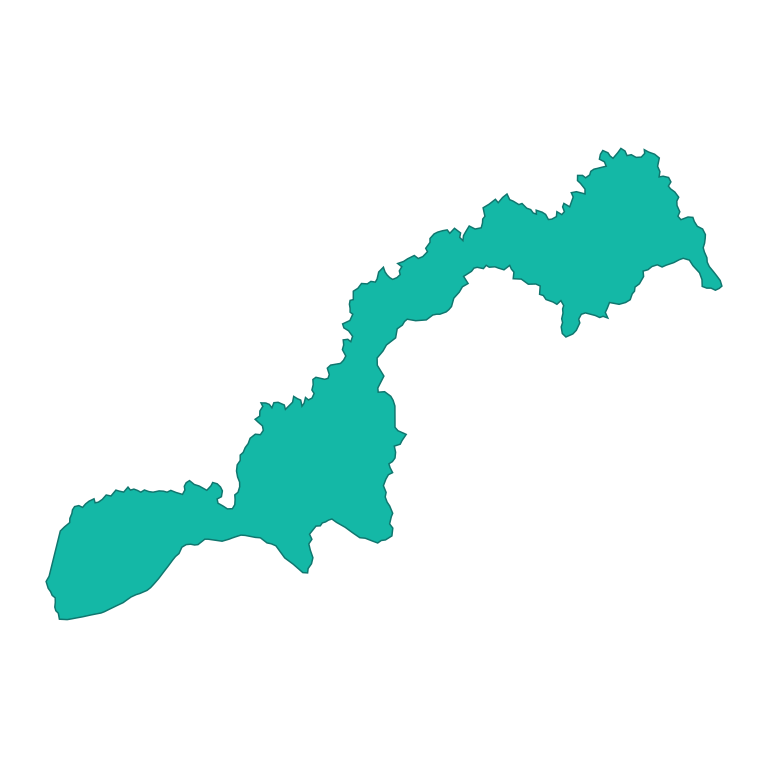 Campina Grande do Sul, Paraná, Brazil
{"feature_id": "56859067B91516213917217", "entity_name": "Campina Grande do Sul", "entity_type": "district", "adm_level": 2, "iso_a3": "BRA", "parent_name": "Brazil", "parent_adm1": "Paraná", "projection": "orthographic", "projection_center": [-48.831, -25.183], "detail": "fine", "context": "isolated", "style": "filled", "palette": "teal", "viewbox_px": 768, "rotation_deg": 0, "n_neighbors": 0, "source": "geoboundaries", "source_scale": "gbopen_adm2", "svg_char_len": 5702}
<svg xmlns="http://www.w3.org/2000/svg" viewBox="0 0 768 768"><path d="M659.3,158.0L654.6,154.2L648.5,152.0L644.3,149.7L644.7,153.4L641.3,157.1L636.1,157.4L631.3,154.7L627.0,155.6L625.0,151.0L620.9,148.4L617.7,152.8L613.0,158.3L610.0,155.9L608.0,152.8L602.8,150.5L600.4,154.3L599.4,159.2L604.4,161.8L606.2,166.2L593.9,169.2L590.8,171.3L589.7,174.9L585.6,177.8L582.5,175.4L577.6,175.4L577.5,180.6L580.5,183.4L585.0,189.1L585.0,193.9L576.4,191.7L571.3,192.7L573.2,197.0L569.7,206.8L563.9,203.4L562.6,206.9L564.4,211.7L561.8,214.6L556.9,211.7L556.4,216.6L551.7,219.2L548.4,219.5L545.6,214.4L542.2,212.2L536.2,210.2L536.4,214.1L533.2,213.0L530.7,209.6L526.7,208.2L522.0,203.5L518.9,204.6L513.1,201.1L509.7,199.7L507.0,194.0L502.6,197.5L498.2,202.7L495.4,199.3L489.1,204.2L483.1,207.8L484.9,216.3L482.7,219.1L482.5,223.0L481.2,227.8L475.1,229.0L469.2,226.0L465.5,232.1L463.5,235.7L462.9,240.6L459.7,237.4L460.6,233.0L454.5,228.3L449.8,233.3L447.2,229.9L442.7,230.7L437.7,232.1L434.1,233.9L430.0,238.5L430.0,242.4L425.7,248.3L427.5,251.7L422.8,256.6L418.2,258.5L414.3,255.5L407.6,258.8L403.5,261.5L397.7,263.5L401.8,266.7L399.3,270.9L400.2,274.6L397.0,277.6L392.7,279.4L389.7,277.6L387.1,275.0L385.0,271.9L383.4,267.2L378.7,272.0L377.1,279.0L375.3,282.1L370.9,281.4L367.3,283.9L361.5,283.5L357.9,288.3L353.3,291.2L353.3,299.6L350.1,300.4L349.4,304.2L350.1,308.3L350.1,312.2L352.8,314.2L349.9,320.5L342.6,323.9L343.9,327.9L348.6,330.8L352.6,336.3L350.8,341.7L347.8,339.3L343.2,339.9L343.7,345.0L342.4,349.6L345.8,356.0L343.5,360.3L340.5,363.4L330.6,365.1L327.3,368.2L329.3,374.5L328.0,378.3L324.8,379.3L315.9,377.3L312.9,379.5L313.2,384.7L311.9,390.0L314.1,393.5L312.0,398.1L308.4,399.9L305.5,397.5L304.1,403.2L302.0,406.2L300.7,400.1L297.4,398.7L293.7,396.4L292.6,402.2L288.0,406.8L285.4,409.4L284.3,405.0L278.1,402.3L273.9,402.7L271.9,407.8L269.3,404.4L265.8,403.0L261.0,402.9L262.8,406.4L259.9,411.0L259.7,416.1L255.1,419.3L258.3,422.3L262.4,425.8L263.3,430.4L260.4,434.7L255.3,434.2L250.1,438.3L248.2,443.6L245.2,447.6L243.2,452.4L240.2,455.1L240.2,460.5L237.2,464.9L236.5,471.0L237.6,477.0L239.6,482.1L239.7,486.8L238.0,492.3L234.8,494.9L235.1,499.5L234.8,504.6L232.4,508.7L227.4,508.9L223.0,506.0L218.0,503.2L217.1,499.0L221.4,496.7L222.4,490.9L220.5,487.0L217.2,483.8L212.7,482.5L211.0,485.8L206.8,490.3L202.7,488.0L199.1,486.0L194.3,484.5L189.5,480.6L186.2,482.7L184.3,486.3L184.9,490.0L182.5,494.4L176.1,492.5L170.8,490.4L167.1,492.2L163.5,491.2L159.1,490.9L153.1,492.2L148.9,491.6L144.4,490.0L140.8,492.2L137.4,490.4L133.9,489.1L130.4,490.1L128.0,487.1L123.7,492.1L119.1,491.1L115.9,490.1L111.0,496.0L106.2,495.0L102.3,499.4L98.3,502.2L95.1,502.8L94.0,498.8L89.0,501.2L85.6,503.9L82.6,507.4L78.8,505.6L74.6,506.6L72.5,509.8L71.9,513.5L69.9,518.3L69.7,522.6L64.4,527.0L60.3,531.0L58.8,537.1L53.7,557.7L49.1,576.3L46.1,581.5L48.2,588.3L50.6,591.7L52.2,595.4L55.2,597.8L55.3,602.4L54.8,607.1L55.8,610.7L58.3,613.2L59.4,619.2L67.3,619.6L71.9,618.8L76.0,618.0L82.6,616.8L87.1,615.8L90.7,615.0L95.7,614.0L101.0,613.0L104.4,611.7L109.0,609.4L116.2,605.9L119.8,604.2L123.2,602.6L126.2,600.4L131.0,597.0L136.2,594.6L139.8,593.5L143.5,591.9L147.0,590.4L150.6,587.6L154.1,583.8L158.7,578.5L164.3,571.1L168.4,565.8L172.6,560.1L175.5,556.5L179.0,553.5L181.9,547.2L186.2,544.6L190.6,544.2L194.6,545.0L198.0,544.6L204.8,539.2L208.2,539.2L222.1,541.2L229.0,539.2L232.1,538.0L235.3,536.9L240.9,535.1L245.2,535.4L255.4,537.4L260.4,537.8L267.0,542.9L271.3,543.8L275.9,545.8L284.7,557.9L293.2,564.2L302.8,572.6L307.6,572.9L308.1,568.6L311.5,563.7L312.9,557.7L310.3,550.1L308.8,543.9L311.9,539.3L309.5,534.2L316.0,526.1L320.3,525.8L322.3,522.9L325.6,521.9L328.5,520.1L331.9,519.0L336.4,522.3L345.2,527.3L352.4,532.6L359.8,537.7L365.2,538.2L372.1,540.9L377.7,543.0L381.2,540.5L385.5,539.9L391.9,535.9L392.8,528.1L389.6,523.9L391.3,516.7L392.7,513.3L389.7,506.0L387.1,502.1L385.2,497.0L386.1,492.4L383.4,485.7L385.9,479.1L388.4,474.7L392.6,472.6L390.0,467.5L388.9,463.8L392.4,461.6L395.0,458.0L395.6,452.3L394.3,446.1L400.2,444.2L402.0,440.6L406.2,434.4L397.9,430.7L395.0,427.3L394.9,406.0L393.1,400.3L390.8,396.3L384.6,391.7L378.2,392.2L377.8,388.0L383.9,376.1L377.3,365.3L377.1,358.0L383.0,351.0L386.4,345.0L395.6,337.9L397.2,328.8L402.4,325.1L404.5,321.5L407.2,319.2L415.7,320.7L426.3,319.9L432.8,315.0L436.6,314.2L439.9,314.2L446.2,311.9L448.9,309.6L451.5,306.5L453.8,298.2L459.3,292.1L462.4,286.8L468.1,283.5L463.6,276.4L471.5,271.3L474.0,268.1L477.2,267.3L483.4,268.6L486.2,265.3L489.2,267.2L495.0,266.8L498.5,268.1L504.0,269.8L509.7,265.4L511.4,269.1L513.9,272.1L513.2,278.7L521.3,279.1L528.3,284.2L535.8,284.0L540.2,286.0L539.6,294.3L543.3,295.5L546.0,299.5L553.0,302.0L556.9,304.3L560.9,300.6L563.7,305.6L562.6,309.0L563.0,313.1L561.7,318.8L562.6,322.6L561.2,326.9L562.3,333.5L565.9,337.0L572.9,333.9L576.3,330.3L579.8,322.9L578.7,319.1L581.3,314.3L585.4,312.9L595.3,315.5L599.7,317.5L603.1,316.3L607.8,318.0L605.3,312.4L607.2,308.4L609.5,302.5L619.1,304.3L625.6,302.5L630.2,299.7L632.2,293.9L634.5,291.2L635.0,287.1L639.4,283.8L643.6,276.5L643.1,271.1L648.0,269.7L652.0,266.5L657.3,264.8L662.1,267.0L666.1,265.2L673.8,262.6L679.3,259.7L683.2,258.3L689.4,260.1L692.9,265.6L699.5,272.8L702.0,279.7L702.2,286.4L706.7,288.1L711.0,288.1L715.4,290.2L719.2,288.4L721.9,286.1L720.2,280.5L716.4,275.4L713.5,271.7L709.3,266.6L707.2,262.1L706.9,257.7L704.4,252.0L703.2,247.7L704.6,243.1L705.2,238.3L705.4,234.6L702.6,229.0L697.3,226.3L694.3,221.5L692.9,217.4L688.0,217.0L680.9,219.7L677.9,216.2L679.8,211.8L677.0,205.5L676.8,201.1L678.7,197.2L674.8,192.0L670.5,188.8L668.4,186.1L670.9,181.9L668.6,177.5L663.1,176.2L659.1,176.9L659.9,171.6L657.6,166.3L659.3,158.0Z" fill="#14b8a6" stroke="#0f766e" stroke-width="1.5"/></svg>